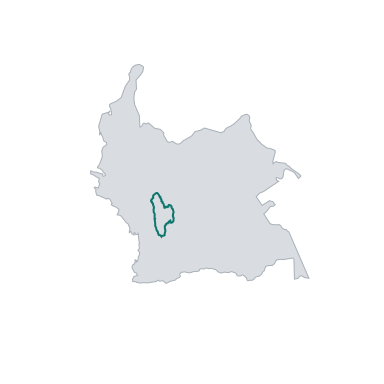 where Tolima sits in Colombia, rotated 326°
{"feature_id": "COL-1402", "entity_name": "Tolima", "entity_type": "Department", "adm_level": 1, "iso_a3": "COL", "parent_name": "Colombia", "parent_adm1": "", "projection": "mercator", "projection_center": [-75.185, 4.102], "detail": "fine", "context": "in_parent", "style": "outline", "palette": "teal", "viewbox_px": 384, "rotation_deg": 326, "n_neighbors": 0, "source": "natural_earth", "source_scale": "10m", "svg_char_len": 7019}
<svg xmlns="http://www.w3.org/2000/svg" viewBox="0 0 384 384"><g transform="rotate(326 192 192)"><path d="M218.6,64.6L215.1,66.1L208.2,67.9L203.5,75.7L200.2,77.1L196.3,81.7L193.3,87.4L191.1,99.1L185.2,108.9L185.7,109.4L188.0,108.9L190.2,107.8L191.0,108.2L191.8,109.9L194.5,110.3L196.7,118.3L200.7,122.3L201.1,123.9L201.7,127.2L200.2,129.2L199.8,136.5L201.1,138.3L204.1,139.0L206.1,143.5L207.4,144.6L209.3,145.3L213.7,144.6L221.7,145.3L223.6,145.2L228.1,143.6L233.8,145.6L238.1,145.9L249.5,159.5L250.7,159.1L252.1,159.9L255.0,158.5L257.5,158.3L260.8,159.0L265.1,159.0L273.8,157.6L275.1,156.8L279.9,157.6L281.3,158.6L282.0,161.1L281.4,162.7L279.8,164.3L278.8,166.3L278.7,168.8L277.8,170.6L276.3,171.8L275.7,173.5L276.0,175.8L275.2,186.0L275.9,186.9L276.4,191.1L278.4,196.5L279.3,198.1L281.0,199.4L284.1,203.9L283.4,205.4L275.5,212.4L275.1,214.1L276.6,213.4L279.1,214.1L279.9,215.7L285.7,220.6L285.6,222.5L287.3,226.2L287.0,227.0L291.0,237.5L291.2,239.7L287.8,240.3L287.7,233.3L287.2,231.9L283.4,225.6L282.6,225.1L280.1,225.8L275.8,230.5L273.9,231.1L272.3,230.5L270.7,227.7L269.7,227.2L268.6,229.5L269.9,231.6L251.3,231.6L247.6,230.7L242.6,231.8L242.6,242.4L251.4,242.5L253.8,245.6L253.6,248.0L254.0,248.9L251.9,249.4L248.8,247.8L243.3,249.8L239.3,250.2L239.0,262.0L241.4,264.9L246.2,268.0L246.8,270.1L246.5,272.1L247.6,274.7L249.2,276.0L249.2,277.5L250.0,279.2L240.7,328.9L237.4,325.9L236.3,323.1L234.6,322.0L231.5,322.9L228.2,321.5L239.0,304.6L238.6,303.1L229.6,299.0L228.7,297.9L224.4,295.7L222.0,296.4L220.6,297.5L217.4,297.8L214.7,296.0L211.6,294.8L207.8,297.7L206.6,297.6L204.0,298.9L201.1,299.4L197.3,298.1L194.3,299.0L192.2,298.8L191.4,297.9L188.7,296.9L188.4,295.7L189.1,293.7L188.0,289.6L187.5,288.9L185.5,288.8L183.1,287.3L182.6,286.4L183.1,284.8L182.7,283.4L180.3,280.1L177.1,279.2L174.0,276.5L170.8,275.5L169.4,273.6L168.0,269.2L164.8,265.7L162.5,264.6L161.8,263.0L159.4,262.8L156.3,260.5L154.9,260.4L153.9,261.4L151.0,260.3L148.5,258.7L145.9,258.2L144.2,257.2L141.1,254.0L137.8,252.5L135.9,253.1L135.2,255.4L134.1,255.8L130.3,255.2L129.7,255.7L128.7,255.6L124.0,253.9L119.4,253.3L118.3,249.3L115.3,247.9L114.4,246.0L112.3,246.2L104.5,242.6L101.2,240.1L98.4,238.7L95.5,235.9L95.1,234.8L92.8,233.2L93.9,231.1L96.6,229.5L100.1,230.7L100.6,228.3L99.3,226.1L99.9,221.2L100.8,220.1L102.8,219.1L104.0,219.5L104.7,218.7L107.6,219.0L108.5,218.7L110.7,216.7L111.6,215.2L112.6,215.3L114.9,212.7L114.6,210.0L116.8,209.4L119.1,205.1L120.1,205.0L120.6,202.9L124.6,195.7L123.2,196.6L121.6,196.1L121.8,193.7L121.3,193.4L120.0,195.2L118.9,193.3L119.2,190.3L117.4,190.8L117.5,190.1L120.1,187.8L121.2,182.5L120.3,180.6L119.8,172.6L119.3,171.1L117.2,169.1L120.6,166.9L121.8,165.2L120.3,161.6L118.2,158.6L118.2,156.9L119.4,157.0L119.9,152.1L118.7,150.2L117.3,150.2L112.8,142.9L111.2,141.3L112.4,137.8L113.7,136.3L113.4,133.6L114.4,133.7L116.3,136.2L117.1,135.8L120.2,133.5L120.2,131.3L122.7,129.1L119.2,121.6L118.1,120.4L119.5,118.0L120.3,118.1L121.6,120.5L123.8,122.0L126.9,126.2L128.3,127.2L127.3,128.1L127.1,129.1L127.6,129.6L129.4,129.8L130.1,128.6L129.6,123.5L128.9,121.0L127.2,119.2L127.7,118.4L131.0,117.2L137.7,112.3L140.0,107.7L141.8,106.1L143.8,105.0L146.2,105.3L148.1,104.7L148.7,103.2L147.4,100.1L148.9,95.7L148.8,93.5L149.7,92.2L149.4,91.7L147.0,93.2L149.5,90.1L151.3,85.4L161.1,77.2L167.5,79.2L169.5,79.0L166.8,80.1L166.4,81.3L167.4,82.5L168.3,82.9L169.2,82.1L171.3,77.2L171.6,74.6L172.5,73.6L173.9,73.3L180.1,74.5L186.1,74.1L195.7,67.1L203.0,64.2L204.8,61.3L205.3,59.2L206.6,58.3L208.0,58.3L208.8,57.2L212.2,55.3L215.8,55.1L219.6,56.7L221.3,59.6L221.6,61.5L218.6,64.6ZM107.7,218.2L107.3,218.5L106.4,217.9L106.1,217.1L106.6,216.5L107.3,216.7L107.7,218.2Z" fill="#d9dde1" stroke="#a8b0b8" stroke-width="1"/><path d="M165.7,198.1L165.6,198.3L164.6,199.2L163.9,199.6L163.7,199.9L163.6,200.1L163.4,200.4L163.3,200.6L163.2,200.6L162.9,200.9L162.8,201.0L162.9,201.4L162.9,201.5L162.6,201.9L162.3,202.1L162.2,202.3L162.2,202.6L162.2,202.9L162.3,203.1L162.3,203.3L162.2,203.5L161.9,203.8L161.5,204.2L160.9,205.1L160.0,205.9L159.1,206.1L158.3,206.1L157.6,205.9L157.4,205.8L157.4,205.6L157.4,205.4L157.5,205.2L157.5,204.7L157.7,204.4L157.8,204.3L157.8,204.1L157.9,203.8L158.0,203.6L156.3,203.6L156.2,203.6L156.0,203.8L155.8,203.9L155.6,204.1L155.6,204.3L155.3,204.2L155.2,204.0L154.9,204.0L154.6,204.2L154.5,204.4L154.4,204.5L154.1,204.4L153.9,204.3L153.5,204.0L153.4,203.9L153.2,203.9L152.7,204.0L152.4,204.3L152.2,204.5L151.9,204.6L151.6,204.8L151.4,204.8L151.1,204.8L150.9,204.7L150.7,204.8L150.5,205.0L150.2,205.5L149.7,206.1L149.2,206.9L148.9,207.6L148.8,208.3L148.4,208.7L148.3,209.2L148.0,209.6L146.4,210.9L145.8,211.5L145.4,212.3L145.0,212.5L144.6,212.5L143.3,212.0L143.0,211.8L142.8,211.7L142.6,211.5L142.4,211.5L142.2,211.5L141.7,211.8L141.7,210.7L141.5,210.1L141.1,209.8L140.9,209.5L140.7,209.4L140.4,209.1L140.4,208.9L140.5,208.6L140.7,208.0L140.7,207.7L140.7,207.4L141.0,207.2L141.2,206.1L141.2,205.9L141.3,205.7L141.5,205.5L141.5,205.4L141.3,205.2L141.2,204.8L141.4,204.4L141.4,204.0L141.4,203.4L141.5,203.1L141.7,202.7L141.9,202.2L142.0,202.0L142.1,201.8L142.3,201.5L142.3,201.3L142.3,201.0L142.4,200.1L142.5,199.8L142.7,199.6L142.8,199.0L143.2,198.6L143.3,198.5L143.5,198.1L144.5,196.5L144.9,195.5L145.2,195.1L145.3,194.8L145.5,194.2L145.9,193.9L146.4,193.6L146.1,193.0L146.9,192.1L147.2,191.6L147.3,191.4L147.7,190.9L147.8,190.6L148.1,190.3L148.5,189.8L148.7,189.5L148.9,188.4L149.0,187.3L149.4,186.5L149.9,185.9L150.2,185.2L150.3,185.0L150.7,184.6L151.4,184.2L151.5,184.1L151.7,183.9L151.7,183.5L152.2,182.7L152.4,181.2L152.7,180.6L153.0,180.2L153.1,179.9L153.2,179.7L153.0,179.4L152.8,178.9L152.8,178.7L153.4,177.5L153.1,177.1L152.9,177.0L153.0,176.5L153.4,176.1L153.7,175.8L154.0,175.7L154.4,175.7L154.6,175.7L154.9,175.6L155.1,175.5L155.3,175.3L155.8,175.1L156.1,175.3L156.3,175.3L156.5,175.3L156.6,175.2L156.7,174.8L157.4,173.8L157.5,173.5L157.9,173.4L158.1,173.2L158.3,173.1L158.6,173.1L158.9,173.1L159.5,172.9L159.8,172.9L160.5,173.0L160.8,172.9L161.1,172.8L161.3,172.8L161.8,173.0L162.5,173.2L162.7,173.5L162.9,176.2L162.6,177.2L162.6,177.5L162.9,178.1L163.0,178.2L162.9,178.3L162.5,178.4L162.4,178.5L162.6,179.2L162.6,179.4L162.6,179.5L162.6,179.8L162.4,179.8L162.3,180.0L162.3,180.4L162.4,181.2L162.3,181.4L162.1,181.7L162.1,181.8L162.0,182.0L161.8,182.1L161.6,182.2L161.5,182.3L161.4,182.5L161.6,183.0L161.6,183.4L161.8,183.5L162.0,183.6L161.9,183.8L161.6,184.2L161.5,184.4L161.7,184.5L161.7,185.4L161.7,186.1L161.5,186.7L160.4,189.3L160.3,189.7L160.5,189.9L160.8,189.9L161.3,189.8L161.7,189.8L162.1,189.7L162.1,189.9L162.5,190.1L162.6,190.4L162.9,190.3L163.5,190.7L163.6,190.8L163.8,190.9L164.0,190.8L164.3,190.9L164.5,190.6L164.7,190.2L164.8,190.1L165.4,189.9L165.5,189.8L165.8,189.9L165.9,190.0L166.0,190.1L166.3,190.4L166.7,191.1L166.8,191.3L166.9,191.5L167.0,192.1L167.0,192.5L166.8,192.8L166.7,192.8L166.5,193.1L166.4,193.3L166.3,193.5L166.4,194.0L166.2,194.6L166.5,195.2L166.5,195.4L166.4,195.7L166.3,196.1L165.9,196.9L165.7,198.1Z" fill="none" stroke="#0f766e" stroke-width="2"/></g></svg>